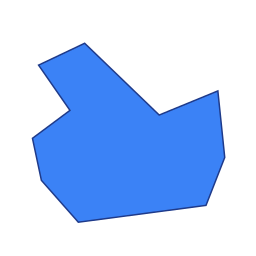 an SVG outline of Jekabpils, rotated 258°
{"feature_id": "LVA-1085", "entity_name": "Jekabpils", "entity_type": "Republican City", "adm_level": 1, "iso_a3": "LVA", "parent_name": "Latvia", "parent_adm1": "", "projection": "orthographic", "projection_center": [25.867, 56.506], "detail": "fine", "context": "isolated", "style": "filled", "palette": "blue", "viewbox_px": 256, "rotation_deg": 258, "n_neighbors": 0, "source": "natural_earth", "source_scale": "10m", "svg_char_len": 293}
<svg xmlns="http://www.w3.org/2000/svg" viewBox="0 0 256 256"><g transform="rotate(258 128 128)"><path d="M36.1,188.2L46.2,59.8L94.8,32.4L137.8,32.4L157.3,74.9L208.1,53.6L219.9,103.2L134.2,161.2L145.6,223.6L79.1,216.5L36.1,188.2Z" fill="#3b82f6" stroke="#1e3a8a" stroke-width="1.5"/></g></svg>